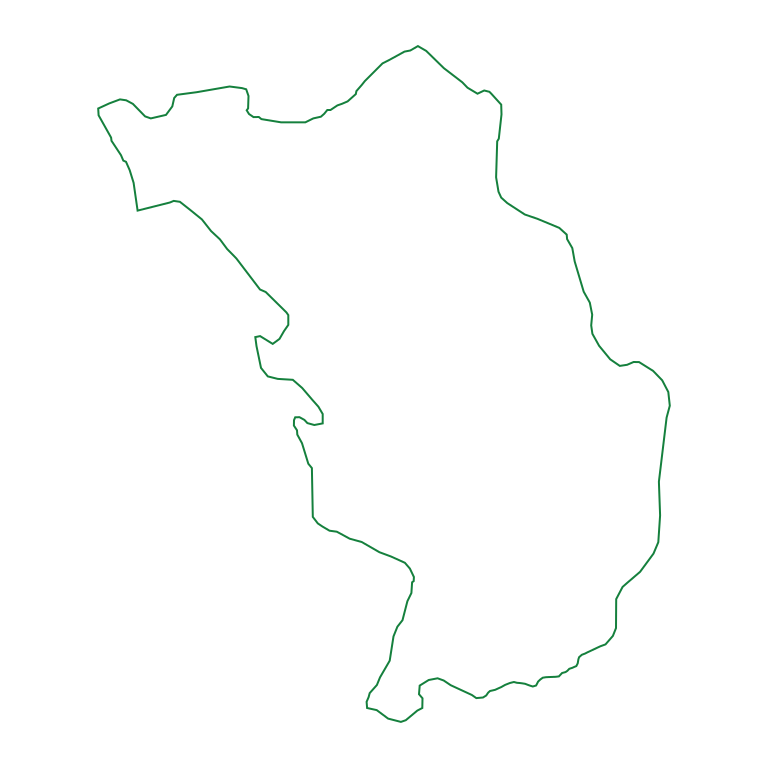 outline of Tejutla, San Marcos, Guatemala
{"feature_id": "79465075B17053106613054", "entity_name": "Tejutla", "entity_type": "district", "adm_level": 2, "iso_a3": "GTM", "parent_name": "Guatemala", "parent_adm1": "San Marcos", "projection": "albers", "projection_center": [-91.837, 15.154], "detail": "fine", "context": "isolated", "style": "outline", "palette": "green", "viewbox_px": 768, "rotation_deg": 0, "n_neighbors": 0, "source": "geoboundaries", "source_scale": "gbopen_adm2", "svg_char_len": 2860}
<svg xmlns="http://www.w3.org/2000/svg" viewBox="0 0 768 768"><path d="M566.7,234.6L559.3,227.9L537.4,218.8L524.8,214.5L507.3,203.1L501.2,197.6L498.5,191.7L496.1,177.3L497.2,141.3L498.8,138.7L501.5,114.4L501.2,104.6L499.0,102.2L491.3,93.7L489.4,91.8L484.2,90.5L477.5,93.7L467.5,87.7L462.3,82.3L443.9,68.2L426.2,50.9L417.9,46.1L410.3,50.5L404.5,51.6L389.0,60.1L382.5,63.4L364.9,81.0L361.8,84.9L356.4,91.1L355.8,94.1L347.6,101.4L342.0,103.8L337.4,105.4L330.5,110.0L327.3,110.0L324.2,113.8L320.9,116.7L313.3,118.4L305.4,122.3L280.9,122.3L261.4,119.1L258.8,117.0L253.5,117.1L249.0,114.0L246.7,110.3L248.1,108.4L248.5,96.0L246.2,89.3L242.0,88.1L229.6,86.5L196.7,92.2L177.0,94.8L174.2,98.0L172.3,106.4L166.0,114.9L150.8,118.4L145.1,116.4L132.9,103.9L126.2,100.3L120.0,99.4L109.3,103.4L98.2,108.5L98.6,115.3L111.1,137.6L111.5,140.8L121.0,155.2L123.3,160.6L126.0,161.8L129.7,170.2L133.6,182.8L137.6,210.6L153.2,206.7L169.9,202.5L173.7,200.9L179.9,201.8L190.3,210.0L201.9,219.4L211.1,231.1L219.9,239.3L227.2,249.1L234.1,256.1L236.4,258.5L260.0,289.5L265.7,292.0L286.4,312.4L288.3,315.1L288.3,324.9L284.0,331.1L279.5,338.9L272.7,343.9L260.1,336.1L255.3,337.1L256.5,346.1L261.0,367.9L267.8,376.4L277.8,378.9L292.8,379.8L302.2,388.0L312.2,399.7L318.4,406.7L322.7,414.0L322.7,423.4L314.3,425.0L307.4,423.1L304.4,419.9L299.5,417.2L295.2,417.3L294.0,420.2L293.9,425.6L297.0,430.3L297.3,434.6L302.0,443.2L308.3,463.7L311.9,468.1L312.8,516.9L317.8,523.4L322.4,526.5L329.5,530.7L336.8,531.7L349.7,538.7L361.7,542.0L379.4,552.2L391.0,556.5L404.9,562.8L409.9,568.6L413.9,577.0L413.7,581.1L412.1,582.3L411.4,593.0L407.4,601.2L402.5,620.2L397.4,626.7L393.5,636.4L389.7,660.7L380.0,677.4L376.9,685.0L369.7,693.1L368.6,697.2L366.6,701.8L367.1,708.0L376.7,710.1L388.1,718.6L400.9,721.9L405.8,720.2L417.3,710.6L422.3,708.0L422.5,698.3L419.0,694.2L419.7,685.6L428.7,680.0L437.6,678.3L443.7,680.5L450.7,685.2L471.9,695.0L476.3,698.1L483.0,697.5L486.2,695.5L488.2,692.6L490.0,691.0L492.7,690.4L495.2,689.8L498.9,688.1L501.2,687.1L505.1,684.9L509.9,683.0L513.9,682.0L517.0,682.8L519.6,683.0L522.0,683.3L525.1,683.8L527.7,684.8L529.9,685.6L532.8,686.5L536.1,685.5L537.1,683.6L538.1,681.6L540.3,679.5L542.8,677.7L546.0,677.2L548.0,677.1L553.1,676.9L555.7,676.8L558.9,676.4L560.3,674.9L562.1,673.0L565.5,672.1L567.3,670.9L569.3,668.8L572.4,667.8L574.1,667.0L576.3,666.1L577.7,663.4L578.4,659.3L579.1,657.2L581.8,654.8L585.2,653.5L587.1,652.5L597.5,647.6L600.3,646.3L605.5,644.4L612.9,635.9L616.0,628.1L616.2,599.1L622.6,586.9L627.5,582.6L640.1,571.8L653.5,553.6L658.3,542.2L660.1,515.4L658.9,481.7L666.6,417.6L669.8,405.7L668.3,392.0L662.2,380.3L653.1,370.9L639.1,362.1L633.6,362.0L627.1,364.8L619.8,365.9L610.2,359.3L599.1,345.8L592.4,333.8L591.2,325.4L592.2,314.7L589.8,302.6L583.7,291.7L574.7,261.5L572.3,248.1L567.1,239.1L566.7,234.6Z" fill="none" stroke="#15803d" stroke-width="2"/></svg>